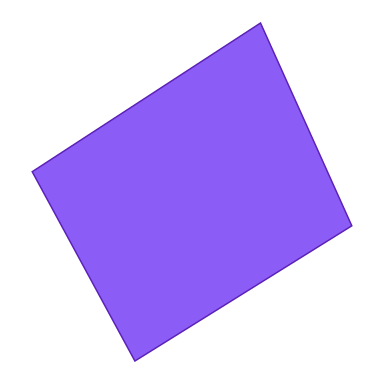 the border of City of Saint George
{"feature_id": "BMU-5135", "entity_name": "City of Saint George", "entity_type": "state/province", "adm_level": 1, "iso_a3": "BMU", "parent_name": "Bermuda", "parent_adm1": "", "projection": "orthographic", "projection_center": [-64.674, 32.375], "detail": "fine", "context": "isolated", "style": "filled", "palette": "violet", "viewbox_px": 384, "rotation_deg": 0, "n_neighbors": 0, "source": "natural_earth", "source_scale": "10m", "svg_char_len": 189}
<svg xmlns="http://www.w3.org/2000/svg" viewBox="0 0 384 384"><path d="M260.5,23.0L351.8,225.8L134.9,361.0L32.2,171.7L260.5,23.0Z" fill="#8b5cf6" stroke="#5b21b6" stroke-width="1.5"/></svg>